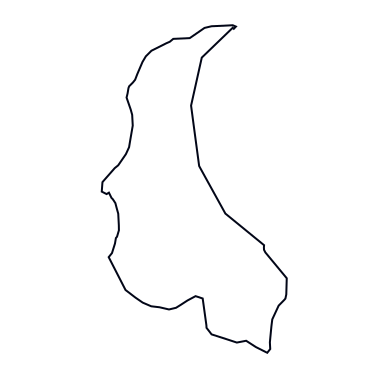 outline of Tanta 1, Al Gharbiyah, Egypt, rotated 177°
{"feature_id": "37247803B50363997957176", "entity_name": "Tanta 1", "entity_type": "district", "adm_level": 2, "iso_a3": "EGY", "parent_name": "Egypt", "parent_adm1": "Al Gharbiyah", "projection": "equal_earth", "projection_center": [31.01, 30.795], "detail": "fine", "context": "isolated", "style": "outline", "palette": "ink", "viewbox_px": 384, "rotation_deg": 177, "n_neighbors": 0, "source": "geoboundaries", "source_scale": "gbopen_adm2", "svg_char_len": 1299}
<svg xmlns="http://www.w3.org/2000/svg" viewBox="0 0 384 384"><g transform="rotate(177 192 192)"><path d="M122.8,135.1L159.8,168.7L161.5,172.2L178.2,206.6L182.8,216.1L183.5,217.6L186.7,257.0L188.4,278.3L184.2,293.4L175.2,325.7L142.7,353.9L141.7,352.8L139.5,354.9L142.6,356.4L146.1,356.4L152.0,356.4L163.8,356.5L170.9,355.2L186.2,345.8L190.9,345.8L202.7,345.9L206.3,343.2L209.8,341.9L225.1,335.2L231.0,329.9L234.6,324.5L240.5,312.5L242.9,307.1L245.3,304.4L249.2,300.9L250.0,299.1L251.2,293.7L252.4,289.7L248.9,277.6L247.7,272.2L247.7,266.8L247.7,261.4L251.0,246.8L252.5,240.0L256.0,233.3L264.3,222.5L267.9,219.9L279.7,207.8L280.9,206.5L282.1,197.1L277.4,194.4L275.0,195.7L272.7,190.3L271.5,189.0L269.1,184.9L268.0,179.6L266.8,174.2L266.8,166.1L266.8,162.7L267.0,157.5L267.2,157.0L269.2,151.3L270.4,150.0L271.6,144.6L275.1,135.2L278.6,131.3L263.5,97.6L254.0,89.5L247.0,84.1L238.7,80.0L230.5,78.6L221.1,75.9L214.0,77.2L209.3,79.8L202.2,83.9L193.9,87.8L189.9,86.3L189.5,86.1L186.9,85.1L184.6,58.2L184.6,55.6L179.9,48.8L165.7,43.4L155.1,39.3L145.7,40.6L136.3,33.8L125.3,27.5L122.1,31.1L122.1,33.8L122.1,37.8L120.9,45.9L119.7,53.9L118.5,60.6L111.4,74.0L105.5,79.4L104.3,80.7L103.2,84.8L101.9,100.9L121.9,127.8L123.1,130.5L123.1,132.9L122.8,135.1Z" fill="none" stroke="#020617" stroke-width="2"/></g></svg>